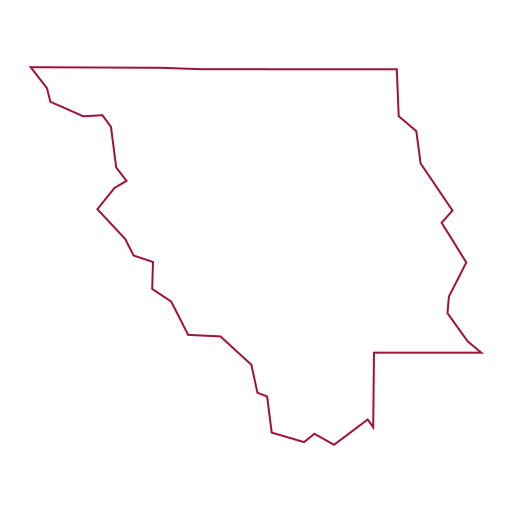 the district of Red River, Louisiana, United States of America
{"feature_id": "52423323B2790682775413", "entity_name": "Red River", "entity_type": "district", "adm_level": 2, "iso_a3": "USA", "parent_name": "United States of America", "parent_adm1": "Louisiana", "projection": "albers", "projection_center": [-93.371, 32.062], "detail": "fine", "context": "isolated", "style": "outline", "palette": "rose", "viewbox_px": 512, "rotation_deg": 0, "n_neighbors": 0, "source": "geoboundaries", "source_scale": "gbopen_adm2", "svg_char_len": 607}
<svg xmlns="http://www.w3.org/2000/svg" viewBox="0 0 512 512"><path d="M30.7,67.2L46.9,88.1L50.4,101.8L83.3,116.3L102.4,115.2L111.0,127.0L116.2,167.5L126.5,180.9L114.5,187.9L97.4,209.2L125.2,239.0L133.6,255.5L153.0,262.0L152.2,288.9L171.2,301.6L188.2,334.9L220.4,336.4L251.4,364.8L257.4,392.7L267.1,396.5L271.7,432.6L304.0,442.1L314.4,433.8L334.0,444.8L367.7,419.5L373.2,427.3L374.0,352.7L481.3,352.7L467.6,341.3L447.5,313.2L448.9,296.6L466.3,262.5L441.6,222.7L452.5,210.6L420.6,163.4L416.3,131.1L398.7,116.2L396.8,69.3L200.7,69.2L161.5,67.8L30.7,67.2Z" fill="none" stroke="#9f1239" stroke-width="2"/></svg>